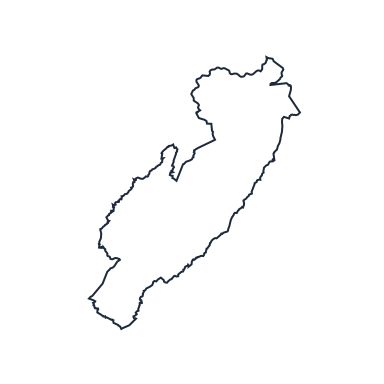 Jilotepec, Veracruz, Mexico, rotated 111°
{"feature_id": "50627088B17060352314255", "entity_name": "Jilotepec", "entity_type": "district", "adm_level": 2, "iso_a3": "MEX", "parent_name": "Mexico", "parent_adm1": "Veracruz", "projection": "orthographic", "projection_center": [-96.915, 19.611], "detail": "fine", "context": "isolated", "style": "outline", "palette": "slate", "viewbox_px": 384, "rotation_deg": 111, "n_neighbors": 0, "source": "geoboundaries", "source_scale": "gbopen_adm2", "svg_char_len": 6073}
<svg xmlns="http://www.w3.org/2000/svg" viewBox="0 0 384 384"><g transform="rotate(111 192 192)"><path d="M227.4,256.7L228.9,259.5L229.8,259.8L230.3,259.7L231.2,258.8L232.3,259.8L232.1,261.4L232.6,261.0L234.3,260.5L234.3,259.2L235.8,259.2L237.4,258.5L237.7,259.0L237.7,258.7L238.1,258.7L238.8,259.1L238.6,260.3L239.7,259.9L240.0,260.0L239.9,260.5L240.8,260.4L242.2,261.5L243.3,261.2L243.5,261.7L246.3,262.9L248.6,260.2L249.0,260.2L248.8,259.0L249.7,259.4L250.9,259.3L251.2,260.0L252.7,260.1L253.7,261.3L254.9,261.5L256.3,262.5L258.8,263.3L259.4,264.3L260.2,264.1L263.0,262.0L264.7,261.4L267.9,260.5L271.4,260.7L273.0,260.3L273.7,259.6L274.1,260.2L275.3,259.2L277.0,259.0L277.2,258.8L276.6,258.2L276.9,257.8L276.5,257.4L276.6,257.0L275.7,256.8L275.3,256.1L275.4,255.9L276.3,255.9L275.9,254.8L275.3,255.0L276.5,253.1L276.5,252.5L277.9,252.0L279.7,249.0L281.4,248.4L281.9,247.9L281.9,245.8L282.5,245.0L283.6,244.3L283.6,243.0L283.1,241.9L281.1,240.0L280.7,238.6L280.6,235.8L281.2,235.0L283.7,236.8L289.0,237.9L290.2,238.5L291.0,238.9L292.7,240.9L293.6,241.0L296.8,242.5L309.5,242.6L324.7,247.8L326.2,249.1L328.4,250.0L328.4,245.2L328.7,243.1L329.1,243.1L329.5,243.7L330.5,243.8L331.0,244.6L332.2,243.4L333.0,243.4L333.0,242.6L334.8,241.6L335.3,240.7L334.8,240.3L334.8,238.7L335.1,238.5L334.6,237.9L335.3,237.5L335.8,238.0L338.3,237.3L338.5,236.9L339.0,233.4L339.6,231.6L339.5,230.4L340.0,230.1L339.7,228.8L339.3,228.5L340.3,227.6L339.6,226.7L340.2,221.8L340.2,221.4L339.8,221.2L339.7,220.3L339.9,219.4L340.7,219.4L342.3,218.3L342.6,213.2L343.1,212.9L343.3,211.0L345.2,208.9L344.3,208.3L338.9,202.8L330.3,198.9L330.2,199.5L330.6,200.1L330.6,200.9L329.8,201.8L329.1,202.1L327.9,200.9L325.9,199.8L324.9,201.3L323.1,200.7L322.0,199.4L320.5,200.3L318.1,200.2L317.0,200.5L316.2,200.3L314.3,201.1L313.6,200.6L313.8,199.3L313.5,199.0L311.2,200.6L311.3,201.8L310.5,202.4L309.8,202.5L308.2,202.2L308.0,201.7L307.1,200.8L305.0,201.1L304.6,201.5L302.1,201.1L301.6,201.6L300.4,200.4L298.5,200.1L295.3,197.2L293.2,195.8L291.0,195.7L290.2,196.0L288.6,195.3L288.2,193.2L286.1,192.6L283.1,190.4L284.4,186.8L285.8,185.8L286.0,184.2L285.6,182.8L283.8,182.2L281.4,180.9L280.8,179.9L277.0,178.7L276.4,178.0L276.5,176.3L275.6,174.7L273.9,175.3L270.2,173.2L269.5,171.9L267.6,171.7L267.4,172.1L266.8,171.5L264.1,171.5L262.2,169.6L261.4,169.6L262.1,168.6L262.9,168.4L259.8,166.5L256.9,167.2L254.9,167.0L254.3,166.3L254.6,165.8L252.9,164.6L252.0,164.7L251.6,163.8L251.0,163.2L250.7,163.4L249.8,161.9L248.8,161.2L248.3,160.5L247.7,158.5L246.1,158.2L245.5,158.5L244.3,158.4L243.7,157.5L239.6,158.1L239.3,157.5L235.9,156.7L235.6,156.4L233.3,156.9L233.1,156.5L230.9,156.3L229.1,155.7L226.8,154.0L226.4,152.4L221.8,150.0L220.3,149.7L220.3,148.7L218.8,148.1L216.1,144.7L214.9,144.5L213.6,144.9L210.5,144.9L204.5,145.7L201.4,145.6L198.6,144.9L197.2,145.0L196.0,144.4L195.6,142.7L192.9,142.4L192.5,142.0L191.2,141.8L189.1,140.2L188.0,139.9L188.2,138.8L185.2,138.9L183.5,139.5L183.2,139.9L182.6,140.1L181.9,140.8L181.4,140.9L178.6,139.0L177.2,138.7L175.2,137.6L174.0,137.7L172.0,135.5L170.5,136.4L162.0,136.4L161.3,136.7L159.5,135.2L158.0,135.5L157.6,135.3L156.3,133.6L156.1,132.6L154.5,133.4L153.2,133.4L151.9,133.0L151.6,132.7L150.3,133.0L149.4,132.9L148.2,132.1L147.5,132.7L143.5,133.5L140.6,132.2L139.3,130.8L136.5,130.5L135.6,130.1L134.4,127.6L133.2,128.3L132.4,128.2L132.2,127.8L133.6,126.0L127.2,129.6L125.9,129.4L125.7,129.6L121.8,127.9L118.4,128.3L115.2,127.9L111.1,128.3L110.3,128.7L103.6,129.6L97.9,131.3L94.3,133.1L91.4,134.0L88.9,133.1L88.6,127.7L86.0,128.0L85.5,127.4L84.5,127.2L83.7,126.0L83.8,125.0L83.1,123.6L83.1,122.7L81.8,120.9L79.1,119.7L67.8,135.7L61.3,136.3L59.0,137.0L57.8,137.6L57.9,139.3L57.2,139.0L57.2,140.9L56.7,141.9L56.6,142.9L64.0,157.1L63.0,157.4L61.7,156.6L60.7,154.1L59.3,152.6L55.1,150.4L53.4,150.3L51.8,149.4L51.2,149.4L50.2,150.4L48.2,151.2L45.0,150.6L43.7,151.7L40.7,162.5L38.9,164.3L38.8,164.9L39.7,168.9L39.4,170.8L41.8,169.4L42.4,169.7L45.0,169.5L46.9,170.6L47.6,171.7L48.6,171.8L52.2,170.5L54.7,171.1L54.5,172.6L54.8,173.8L55.8,175.0L60.3,177.4L61.2,178.5L61.6,180.0L61.5,183.0L62.1,184.0L64.8,184.7L65.7,185.2L66.9,187.5L66.7,188.9L65.9,190.7L65.5,192.7L66.4,195.2L67.8,197.0L68.0,198.1L67.4,199.4L65.7,200.5L65.3,201.2L64.8,206.0L65.1,207.0L66.6,208.8L66.4,212.2L66.9,213.1L69.5,214.9L70.6,217.3L71.9,218.4L73.1,218.7L74.9,217.7L76.0,217.5L77.8,218.3L79.4,224.1L82.3,225.0L83.3,225.8L84.8,227.7L85.9,228.0L87.4,227.4L90.0,223.9L90.9,223.6L91.9,223.8L93.9,225.9L95.9,226.5L96.9,227.5L100.9,227.8L103.6,224.1L106.1,223.1L107.2,218.1L108.3,216.7L110.8,216.7L111.9,215.8L112.9,213.7L115.5,215.9L115.7,215.5L116.8,216.3L120.5,212.1L120.1,206.2L120.6,203.9L122.8,202.5L121.4,198.4L127.0,195.6L127.8,195.1L128.4,193.9L130.3,193.6L131.0,193.2L132.3,192.2L135.0,189.2L148.9,202.3L152.4,205.0L153.1,204.3L154.1,204.6L154.6,203.6L155.1,203.4L157.4,203.8L159.0,203.1L159.5,203.7L161.5,203.8L163.4,205.4L165.9,208.4L168.7,209.5L169.2,210.3L187.1,210.5L186.0,214.0L186.0,215.3L183.8,215.9L184.2,217.7L184.1,218.8L182.0,219.1L180.3,216.9L179.9,218.9L178.1,217.9L177.0,218.2L175.4,217.7L174.7,218.3L174.4,219.3L174.5,220.1L170.2,219.9L169.6,220.4L162.2,220.6L161.0,221.0L159.6,220.4L159.0,220.9L157.5,220.8L156.1,222.9L156.7,223.2L157.3,224.1L154.4,226.6L156.0,227.8L157.3,230.1L158.0,230.0L158.4,230.3L158.6,231.1L160.1,231.5L163.9,233.6L166.4,234.4L166.8,234.3L166.9,233.5L171.7,232.5L170.8,230.9L172.1,231.4L174.8,230.6L176.2,231.5L177.9,231.6L179.3,233.1L180.5,233.6L181.1,234.4L182.5,234.6L183.9,235.7L185.1,237.2L186.5,237.5L187.1,238.5L188.5,238.8L190.5,238.4L191.4,238.9L192.6,238.6L193.5,238.9L194.0,240.7L195.3,241.2L197.3,242.6L198.0,244.8L197.8,247.2L198.2,248.1L199.7,249.3L200.9,248.7L201.2,249.1L201.0,250.9L203.1,249.2L203.8,249.6L204.0,250.4L205.7,250.2L207.0,249.3L207.9,249.1L208.9,249.4L209.7,250.4L210.4,249.6L211.2,249.8L213.8,251.4L215.2,251.4L217.0,252.1L218.0,253.8L220.1,254.6L221.1,256.1L221.6,255.5L222.3,255.8L223.8,255.2L224.2,255.3L224.3,256.5L226.4,257.4L226.7,257.5L226.7,256.9L227.4,256.7Z" fill="none" stroke="#1e293b" stroke-width="2"/></g></svg>